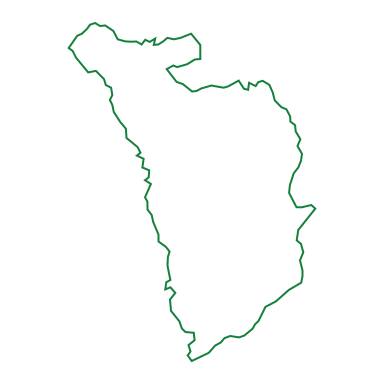 the district of Nova Esperança do Sul, Rio Grande do Sul, Brazil
{"feature_id": "56859067B55473062015282", "entity_name": "Nova Esperança do Sul", "entity_type": "district", "adm_level": 2, "iso_a3": "BRA", "parent_name": "Brazil", "parent_adm1": "Rio Grande do Sul", "projection": "equal_earth", "projection_center": [-54.832, -29.409], "detail": "fine", "context": "isolated", "style": "outline", "palette": "green", "viewbox_px": 384, "rotation_deg": 0, "n_neighbors": 0, "source": "geoboundaries", "source_scale": "gbopen_adm2", "svg_char_len": 1787}
<svg xmlns="http://www.w3.org/2000/svg" viewBox="0 0 384 384"><path d="M301.0,160.7L302.0,153.9L297.5,146.0L300.4,139.2L295.7,131.5L295.1,125.2L290.4,121.6L290.2,116.5L286.4,109.3L281.3,107.1L274.8,100.5L272.7,92.4L269.4,84.9L262.7,80.8L258.2,82.2L255.7,86.1L249.1,82.8L248.1,89.8L244.0,88.8L238.7,80.6L228.3,86.3L223.7,87.7L215.7,86.3L211.4,85.5L201.2,88.5L196.5,91.0L192.1,91.5L182.9,84.1L176.6,81.9L166.7,69.1L173.3,65.5L177.1,67.1L187.2,64.2L194.8,59.5L200.3,59.0L200.3,45.0L191.1,33.7L180.5,37.9L174.1,39.3L167.3,37.9L163.2,41.4L158.3,44.5L153.8,44.9L155.2,38.6L149.7,41.9L145.2,39.8L141.6,44.5L136.4,41.5L131.2,41.7L125.3,41.4L117.7,39.3L113.4,31.0L109.1,28.1L105.3,25.5L100.0,26.0L95.1,23.0L90.0,24.7L87.1,28.8L81.8,33.8L77.3,35.7L68.7,48.0L72.7,51.0L76.0,57.6L88.2,72.4L95.9,70.9L104.0,79.1L105.8,85.0L111.1,87.7L112.3,95.1L109.9,100.0L112.4,105.2L113.8,112.0L116.3,115.9L120.4,122.2L125.9,128.7L126.5,138.0L130.0,140.8L137.6,147.1L140.5,152.8L136.9,155.6L143.6,158.8L142.4,167.5L149.2,170.3L148.7,177.4L145.0,180.2L150.9,184.0L145.0,197.4L147.4,201.5L147.5,209.6L151.7,215.0L153.2,222.0L158.5,234.6L158.5,241.5L165.9,246.9L169.6,251.6L167.9,257.0L167.5,265.5L169.0,273.4L170.4,280.0L166.3,282.2L165.3,289.4L170.4,287.3L175.3,292.9L170.0,299.5L171.0,310.9L179.4,321.3L181.8,328.4L185.4,332.0L193.8,332.8L194.6,340.2L188.5,345.1L190.5,351.6L187.7,355.4L191.7,361.0L208.8,352.8L215.1,345.6L220.9,342.4L224.5,338.1L230.2,336.0L239.1,337.4L244.4,335.5L252.6,328.7L255.1,324.3L258.6,320.8L265.5,306.8L275.9,301.4L288.9,289.9L301.2,282.7L302.5,276.2L302.5,270.5L300.0,260.3L303.3,252.4L301.0,244.0L296.7,240.3L298.3,229.9L315.3,208.6L311.3,205.0L301.8,207.3L296.5,207.2L289.1,193.0L289.9,185.1L293.7,173.4L298.4,167.3L301.0,160.7Z" fill="none" stroke="#15803d" stroke-width="2"/></svg>